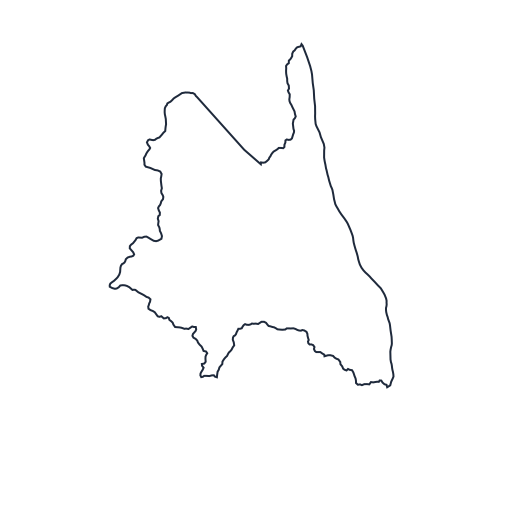 Manga, Minas Gerais, Brazil, rotated 331°
{"feature_id": "56859067B62699928720183", "entity_name": "Manga", "entity_type": "district", "adm_level": 2, "iso_a3": "BRA", "parent_name": "Brazil", "parent_adm1": "Minas Gerais", "projection": "natural_earth1", "projection_center": [-44.106, -14.67], "detail": "fine", "context": "isolated", "style": "outline", "palette": "slate", "viewbox_px": 512, "rotation_deg": 331, "n_neighbors": 0, "source": "geoboundaries", "source_scale": "gbopen_adm2", "svg_char_len": 6129}
<svg xmlns="http://www.w3.org/2000/svg" viewBox="0 0 512 512"><g transform="rotate(331 256 256)"><path d="M398.5,92.8L396.7,94.3L393.3,93.4L391.4,93.9L389.5,94.9L387.7,95.2L385.8,96.6L384.5,98.8L382.9,99.8L381.3,100.6L379.5,101.0L378.1,103.3L376.1,103.5L374.4,104.4L373.4,106.5L372.2,108.4L371.4,109.9L370.7,111.4L369.9,113.7L369.2,116.1L368.1,118.1L367.3,120.2L367.3,122.8L366.0,125.6L364.1,126.8L363.8,128.8L363.9,130.9L362.5,133.3L361.1,135.1L360.4,136.8L360.1,138.7L360.2,141.1L360.0,143.4L359.8,148.2L358.9,150.8L358.4,153.2L356.7,154.4L355.0,154.9L352.4,158.1L350.4,163.0L350.0,165.0L349.0,166.4L347.6,167.5L344.4,170.6L342.6,171.0L340.7,170.2L339.4,169.0L337.8,169.2L336.7,171.0L334.8,172.5L333.7,174.4L332.1,174.9L330.1,173.5L328.3,172.5L326.9,172.9L325.3,173.1L322.0,173.2L319.8,174.0L318.1,174.9L316.9,175.8L315.4,176.4L314.0,177.6L311.8,178.2L309.5,178.6L307.5,177.9L305.8,176.6L304.7,178.1L297.2,157.4L281.5,88.5L281.0,86.9L280.9,84.7L279.7,82.8L278.1,82.0L276.8,80.7L273.6,78.8L272.2,78.3L270.2,77.6L265.7,78.0L262.4,78.1L260.4,78.3L258.0,79.1L255.9,79.6L253.9,79.5L252.4,79.6L251.3,80.7L249.6,81.3L247.9,82.6L246.6,84.6L245.8,86.0L245.0,87.8L244.3,90.1L243.5,92.5L241.2,97.2L239.9,98.8L238.6,100.6L237.2,102.7L234.8,103.3L232.4,104.3L230.4,105.0L229.0,105.5L227.4,105.2L225.7,105.1L224.0,105.4L222.3,104.9L220.9,103.8L219.5,102.5L217.8,102.4L215.7,103.7L215.4,106.3L215.8,108.2L215.8,110.2L214.4,111.1L212.9,111.6L211.0,112.5L209.5,113.4L208.1,114.5L206.6,115.3L205.3,116.1L203.6,120.5L202.7,122.1L202.9,124.4L206.3,127.8L209.2,131.7L211.5,133.5L213.2,135.7L213.2,138.5L211.9,140.2L210.3,142.1L209.2,144.2L207.4,148.6L206.5,151.1L204.6,153.0L203.8,155.1L203.9,157.7L203.6,159.4L202.2,161.2L199.6,162.3L198.3,163.7L196.8,164.9L195.1,165.5L193.6,166.6L193.1,168.9L193.0,171.4L191.7,173.5L189.9,173.8L188.2,175.8L187.7,178.3L186.7,179.6L185.4,181.4L185.3,184.2L184.8,185.9L184.1,187.4L184.0,190.1L183.4,193.0L181.6,195.1L177.8,195.1L175.8,194.6L173.9,193.1L171.9,189.8L170.8,187.8L169.6,185.9L167.6,185.0L165.2,184.8L162.0,182.7L160.2,182.5L158.3,183.7L154.6,185.2L152.3,185.5L150.5,186.2L149.3,188.1L149.8,190.4L150.4,193.2L150.2,195.5L148.8,196.3L146.9,196.1L145.4,195.5L143.0,195.1L140.6,195.7L139.3,197.0L137.9,197.9L136.4,198.2L135.0,198.1L133.2,199.0L131.8,200.4L130.7,202.1L129.4,204.1L127.4,206.0L124.7,207.5L123.2,208.0L119.7,208.9L117.5,209.1L115.2,209.5L113.9,210.6L113.2,212.0L114.7,214.3L116.7,216.3L118.4,216.9L120.8,216.8L123.0,216.0L125.3,216.9L127.1,218.1L128.6,219.6L130.1,221.9L131.5,225.8L132.9,226.3L134.1,227.2L135.5,230.7L138.1,234.5L139.2,236.3L140.4,238.7L141.9,240.3L142.7,242.7L141.1,244.7L139.6,245.7L138.4,247.0L137.2,248.0L136.4,250.0L137.5,252.2L139.1,254.1L140.2,256.1L140.5,258.7L140.8,261.1L142.1,262.4L144.0,262.8L145.1,265.9L147.1,266.7L148.8,266.6L149.7,267.9L149.3,269.9L150.2,271.9L150.8,273.9L150.5,275.9L150.8,278.9L154.4,281.3L155.8,282.4L157.0,283.7L158.1,285.0L159.7,285.6L161.5,287.1L166.0,286.7L167.3,288.0L168.9,288.9L168.1,291.2L166.8,292.3L163.1,293.6L161.7,295.0L161.7,297.1L163.0,299.2L163.6,301.5L163.3,303.5L163.7,306.2L164.5,308.8L164.4,311.4L164.1,313.6L166.0,315.3L166.2,317.4L164.7,318.2L163.1,319.5L161.9,321.5L160.7,324.1L158.6,325.0L156.3,324.2L155.6,325.8L156.0,328.3L154.0,329.8L152.1,330.8L150.5,331.9L149.5,333.4L149.4,335.4L151.0,335.9L152.6,335.7L154.0,336.5L155.3,337.3L157.0,338.4L159.5,339.0L161.3,339.9L161.6,341.6L163.0,343.1L164.1,341.5L166.3,338.6L168.3,337.4L170.0,335.7L172.1,334.9L174.1,334.2L175.5,332.1L176.9,331.3L178.3,330.6L180.1,329.9L182.2,329.4L184.2,328.0L185.6,327.2L187.1,326.9L189.2,326.1L191.4,324.6L193.6,323.6L194.7,320.7L195.1,318.0L196.3,316.2L197.6,315.3L199.1,315.3L200.5,314.7L202.1,313.3L203.8,312.2L205.3,311.1L206.7,311.9L208.5,312.3L210.0,311.3L211.7,310.5L213.4,310.3L214.5,311.6L216.4,312.8L218.2,313.2L219.7,313.1L221.0,314.1L223.0,315.0L224.9,316.5L228.9,316.2L231.2,317.5L232.4,319.3L232.7,321.5L233.1,323.3L234.5,324.5L235.9,326.0L237.3,327.2L238.4,328.9L239.2,330.5L240.9,331.7L243.3,333.3L246.0,334.5L247.8,334.2L249.4,335.1L251.2,336.2L253.7,337.4L255.2,339.0L256.3,340.7L257.5,342.0L259.1,343.1L260.6,343.2L262.1,344.5L263.4,346.8L263.2,349.0L262.4,350.7L261.8,352.9L261.4,355.0L260.0,356.0L259.5,357.7L260.0,359.4L261.5,360.1L262.8,361.7L263.0,364.0L261.6,365.4L261.4,367.7L262.1,369.2L263.8,370.2L265.7,371.2L266.7,373.4L267.9,375.4L267.3,376.9L270.8,377.7L272.8,378.7L275.0,380.8L275.5,383.0L276.5,384.8L277.9,386.4L278.3,389.5L277.4,391.6L277.9,394.3L277.6,396.8L278.3,398.4L279.7,400.0L281.7,399.4L282.7,400.9L284.6,402.4L284.7,404.9L284.4,406.7L284.0,408.7L283.7,411.4L283.0,413.5L281.9,415.6L282.7,418.0L284.7,418.7L286.0,420.3L288.6,420.6L290.9,421.8L292.9,423.2L295.4,422.0L297.3,423.4L299.4,424.1L301.0,424.7L302.4,425.6L303.8,424.8L305.2,425.7L305.3,428.0L306.2,430.5L307.7,431.9L307.1,434.4L310.7,434.2L313.2,431.6L314.8,430.4L316.1,429.5L317.8,428.1L318.8,426.0L319.6,423.7L320.1,421.8L320.8,419.8L321.6,417.9L322.2,416.2L322.6,414.2L323.5,411.7L327.1,404.8L328.2,403.3L329.9,401.3L331.5,399.7L332.4,398.4L334.2,394.9L335.4,392.4L337.6,386.4L339.7,381.3L340.3,379.5L341.0,375.1L341.5,373.4L341.9,371.0L342.7,368.2L343.5,366.3L344.5,364.5L345.8,363.1L346.8,361.7L347.6,360.0L348.5,358.5L349.2,356.2L349.7,352.2L349.7,349.6L349.5,344.8L348.9,342.6L348.4,340.9L347.3,336.3L346.0,331.5L345.5,329.1L344.6,326.1L343.7,323.5L343.0,320.6L342.6,317.4L342.7,313.8L343.2,311.2L343.8,308.5L344.7,305.8L345.3,303.4L345.7,301.6L346.0,299.9L346.5,297.5L347.2,294.5L347.9,291.8L348.7,289.6L349.7,287.2L350.3,285.2L350.7,282.8L351.3,278.7L351.9,272.3L351.9,270.3L351.5,265.9L350.8,260.9L350.5,257.1L350.5,254.4L350.4,251.4L350.5,249.1L351.1,246.9L351.8,244.2L353.4,239.8L354.9,235.2L355.2,233.0L355.3,231.2L356.5,225.5L357.5,222.0L358.0,219.6L359.3,215.2L359.7,213.4L361.0,209.7L361.5,208.0L362.1,206.1L363.3,202.9L366.8,196.7L368.4,194.4L369.6,190.9L370.4,183.4L371.5,178.7L371.8,171.7L372.2,169.4L374.1,165.0L375.3,162.6L376.9,159.9L380.3,153.6L383.2,146.6L386.9,139.0L389.5,132.2L393.0,124.4L394.1,121.2L395.4,116.2L397.1,107.0L398.8,94.7L398.5,92.8Z" fill="none" stroke="#1e293b" stroke-width="2"/></g></svg>